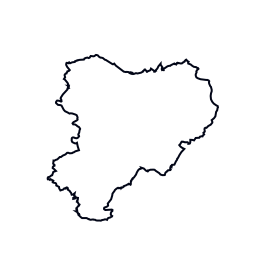 Vima Mica, Maramures, Romania, rotated 252°
{"feature_id": "2599482B4485226346808", "entity_name": "Vima Mica", "entity_type": "district", "adm_level": 2, "iso_a3": "ROU", "parent_name": "Romania", "parent_adm1": "Maramures", "projection": "albers", "projection_center": [23.688, 47.408], "detail": "fine", "context": "isolated", "style": "outline", "palette": "ink", "viewbox_px": 256, "rotation_deg": 252, "n_neighbors": 0, "source": "geoboundaries", "source_scale": "gbopen_adm2", "svg_char_len": 5710}
<svg xmlns="http://www.w3.org/2000/svg" viewBox="0 0 256 256"><g transform="rotate(252 128 128)"><path d="M147.4,219.7L148.4,219.3L149.3,218.1L149.6,217.1L152.0,212.0L153.6,209.9L155.0,208.7L156.8,208.6L158.1,209.0L159.9,210.5L160.8,210.5L162.6,212.7L161.7,213.5L163.5,213.0L164.0,212.1L164.9,211.5L165.8,209.6L167.2,208.4L169.1,207.2L170.7,205.2L171.7,205.4L172.3,206.1L173.3,205.2L175.0,204.5L174.9,203.8L174.3,203.4L174.2,202.6L173.6,202.2L173.4,200.6L173.1,200.3L173.1,199.8L172.8,199.3L173.0,198.2L174.8,195.1L174.7,194.8L174.1,194.8L174.1,194.2L174.1,193.4L173.9,193.3L174.2,193.1L174.1,192.6L174.4,192.1L175.0,191.9L174.5,188.3L174.1,187.4L174.4,186.5L174.5,184.7L173.6,181.6L173.4,180.7L173.7,180.1L172.0,179.8L172.1,179.4L172.6,179.0L172.6,178.3L173.7,178.3L174.1,178.8L174.7,178.9L175.3,179.4L178.2,178.6L179.1,178.9L177.2,175.9L175.5,174.3L174.4,172.3L173.8,172.3L173.8,171.7L173.2,171.0L173.5,170.3L174.3,170.5L177.4,168.2L176.4,167.4L176.0,166.8L175.8,164.2L175.5,163.6L175.6,163.3L176.8,163.2L177.3,162.6L178.4,162.3L178.5,161.8L177.7,160.7L177.6,160.1L177.3,159.6L177.0,159.6L176.6,157.5L176.9,153.9L177.7,152.5L177.6,150.4L177.8,149.3L178.1,148.9L179.1,149.3L180.2,147.7L180.4,147.0L179.6,148.1L178.8,147.6L179.9,146.3L180.9,146.0L181.8,144.1L181.8,143.4L182.9,141.4L191.1,135.7L193.5,134.8L193.2,133.5L193.5,133.0L199.5,128.0L200.2,127.0L202.2,125.8L203.0,124.7L203.5,123.5L204.8,122.4L206.3,121.8L207.1,120.8L207.4,120.0L206.8,118.3L206.8,117.4L208.0,114.8L206.7,113.1L206.7,112.1L207.5,111.2L207.7,109.5L207.5,108.8L207.6,108.2L206.7,107.2L207.6,103.7L207.9,102.4L207.8,101.6L208.1,100.8L207.8,100.3L208.0,99.7L207.7,98.9L207.9,98.5L207.4,98.2L207.3,97.5L207.7,95.2L207.5,92.9L208.6,92.3L208.0,91.4L208.9,90.0L208.7,89.4L207.2,88.7L205.0,89.0L201.1,90.5L200.6,89.6L200.6,87.8L200.0,87.5L199.5,86.6L198.9,86.4L198.9,85.3L198.3,84.3L197.7,84.0L195.7,83.9L194.4,82.2L193.6,82.9L189.8,84.4L188.5,84.6L187.5,84.2L186.8,84.9L186.4,84.5L186.6,84.0L185.8,84.6L185.4,84.5L185.3,84.4L185.6,83.8L185.5,83.6L185.2,83.6L184.8,83.2L184.2,83.7L184.0,82.5L183.3,82.2L180.1,76.5L177.9,73.8L177.1,73.1L175.3,73.3L173.9,73.0L173.8,72.5L175.1,71.1L176.0,69.1L175.3,67.9L174.6,67.4L173.9,67.3L171.6,68.6L170.7,70.7L169.9,71.7L165.2,72.5L163.4,73.3L161.3,75.5L159.8,76.8L159.7,77.9L159.1,79.4L157.0,82.2L156.1,83.1L154.6,83.3L153.6,83.3L152.7,82.7L151.9,82.8L151.4,82.5L151.0,81.5L150.4,77.9L149.6,76.7L148.4,77.0L147.8,78.6L146.5,79.8L145.2,80.5L144.2,81.6L142.3,82.2L141.9,82.2L140.9,81.3L138.6,80.1L137.6,79.0L136.9,78.6L135.9,79.0L135.2,78.9L134.2,77.2L134.1,76.1L134.8,74.6L135.8,73.4L136.1,72.5L135.9,71.7L135.5,71.3L133.3,70.5L131.8,70.7L130.0,72.5L129.4,73.7L129.7,74.9L126.0,74.5L122.0,74.5L122.1,70.8L121.6,68.8L121.7,68.3L121.4,67.0L121.9,64.8L122.8,63.7L123.2,62.4L122.2,60.4L121.9,57.5L121.1,55.2L121.5,54.2L120.0,51.1L120.0,49.3L119.6,47.6L120.0,47.1L117.2,45.8L115.5,46.7L114.8,46.4L114.8,45.4L114.1,44.4L113.1,44.0L112.0,44.9L109.4,46.2L109.3,43.4L106.5,41.3L106.6,40.6L105.8,38.4L105.9,36.8L105.3,36.2L104.4,35.9L104.0,35.9L103.8,36.8L102.8,37.6L103.4,38.3L101.4,40.3L101.2,40.2L100.9,40.6L99.9,39.6L99.2,40.0L98.1,41.9L97.5,42.4L96.3,42.4L95.5,42.0L93.3,44.2L91.8,43.9L89.5,44.4L89.5,47.4L90.3,48.8L89.7,49.8L90.3,50.4L90.4,51.5L89.3,52.2L88.7,51.7L88.0,51.7L86.2,53.1L85.4,53.2L84.0,53.8L82.0,53.8L82.0,54.4L81.6,55.0L82.4,57.1L80.2,55.8L79.6,56.0L79.2,56.8L78.2,56.9L78.4,54.3L77.5,54.0L77.3,55.6L77.6,56.8L78.0,56.9L77.0,58.8L75.7,58.3L74.9,57.3L74.3,57.5L73.6,56.6L72.7,57.3L70.8,57.6L70.2,58.2L69.3,57.4L68.9,55.9L67.9,55.0L67.7,54.1L67.1,53.9L66.9,54.2L66.5,53.9L65.9,54.3L64.9,54.1L64.7,53.3L64.9,52.7L63.2,54.1L62.4,53.9L61.3,54.9L61.2,55.7L60.6,54.1L57.6,55.7L56.5,56.5L55.3,60.4L54.6,61.4L53.8,62.0L53.5,62.7L53.1,62.8L52.3,64.0L51.8,66.6L51.4,67.0L51.0,68.2L50.1,69.0L49.5,70.1L48.6,73.0L48.3,73.4L48.3,74.3L48.5,74.7L48.2,76.8L48.3,77.4L47.9,78.8L47.1,79.7L48.3,80.9L48.5,81.5L48.4,83.7L49.0,85.5L48.5,86.3L50.0,85.1L51.1,84.9L52.4,85.4L53.6,86.5L53.8,87.4L54.8,87.9L55.4,87.4L57.0,81.1L58.1,80.2L59.1,80.4L59.6,80.9L59.7,83.5L60.2,84.9L60.6,85.2L62.4,85.4L65.4,89.9L68.6,92.1L70.4,93.0L72.4,95.8L73.0,96.3L73.9,98.4L74.2,100.0L73.7,100.3L73.7,100.9L73.2,101.7L73.2,102.3L73.5,102.1L73.5,102.3L73.4,102.9L73.0,102.9L73.5,103.5L73.4,103.8L73.1,103.7L73.1,104.5L73.6,105.9L74.0,106.0L74.1,108.6L74.7,111.3L74.4,111.4L74.5,111.6L74.2,111.8L74.2,112.1L73.3,112.9L73.7,113.3L76.3,114.2L76.7,114.4L76.8,114.9L77.8,115.4L77.3,115.4L78.3,116.3L78.1,116.7L78.9,117.3L79.0,118.2L81.2,121.2L83.0,122.7L84.7,124.6L85.5,126.3L85.3,126.8L85.4,128.3L86.3,128.2L84.6,130.5L81.8,132.0L80.6,133.4L80.7,133.6L81.0,133.5L81.5,133.9L81.3,134.3L81.4,136.4L80.4,139.7L80.0,140.4L78.6,141.2L75.4,143.8L73.7,144.5L72.5,146.2L71.9,148.4L73.9,149.8L74.3,150.5L74.4,151.3L75.0,152.0L75.0,152.5L75.4,152.9L74.9,155.3L75.3,155.7L75.6,155.3L77.3,156.0L78.6,157.0L78.7,157.3L77.8,157.6L79.3,158.5L78.8,160.8L81.5,163.3L82.8,165.0L83.6,165.3L84.1,166.3L86.4,168.6L88.6,171.3L90.7,175.1L92.5,173.3L94.2,172.1L95.9,171.5L96.6,172.8L98.2,174.5L98.4,175.0L97.9,175.8L98.0,176.1L96.9,177.6L96.0,180.3L94.7,180.8L94.3,180.6L94.1,181.7L94.2,182.1L95.3,182.9L97.5,183.6L96.8,185.5L95.8,187.0L97.6,189.3L96.7,192.8L97.5,193.8L97.4,195.6L97.0,196.3L98.0,197.3L98.3,198.4L100.1,198.2L100.4,198.7L100.6,199.5L101.1,200.0L103.0,200.3L104.0,200.8L104.3,201.7L103.9,202.7L105.1,205.0L105.6,207.7L107.0,209.8L107.6,210.1L109.6,210.0L110.7,212.8L112.1,214.7L116.1,216.8L117.3,218.3L119.4,219.4L119.7,219.9L121.1,220.1L122.2,219.0L124.7,217.1L127.0,216.2L129.7,215.8L132.9,216.5L135.2,217.6L137.0,218.9L138.4,219.4L141.5,219.6L142.3,219.2L145.1,218.9L146.4,219.1L147.4,219.7Z" fill="none" stroke="#020617" stroke-width="2"/></g></svg>